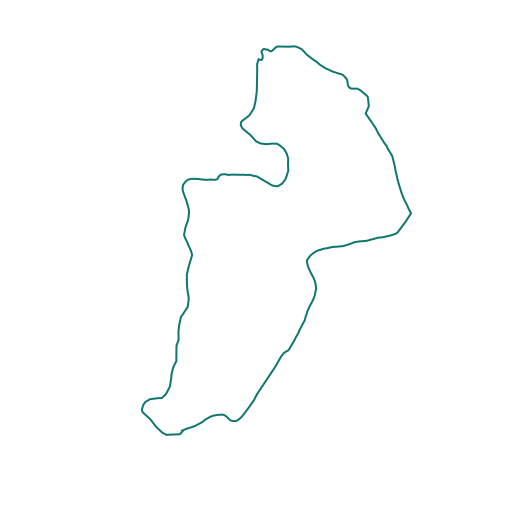 the district of San Miguel Chicaj, Baja Verapaz, Guatemala, rotated 33°
{"feature_id": "79465075B93573685997449", "entity_name": "San Miguel Chicaj", "entity_type": "district", "adm_level": 2, "iso_a3": "GTM", "parent_name": "Guatemala", "parent_adm1": "Baja Verapaz", "projection": "orthographic", "projection_center": [-90.423, 15.141], "detail": "fine", "context": "isolated", "style": "outline", "palette": "teal", "viewbox_px": 512, "rotation_deg": 33, "n_neighbors": 0, "source": "geoboundaries", "source_scale": "gbopen_adm2", "svg_char_len": 3556}
<svg xmlns="http://www.w3.org/2000/svg" viewBox="0 0 512 512"><g transform="rotate(33 256 256)"><path d="M151.0,89.6L152.4,94.4L156.3,100.3L162.6,110.4L167.1,117.7L171.4,126.7L172.4,129.4L173.7,133.2L173.9,136.8L173.8,141.8L172.2,146.4L171.0,149.6L170.6,151.9L171.8,154.4L175.0,156.4L185.4,157.6L193.6,159.8L198.4,159.2L203.7,156.6L208.4,152.9L212.3,150.5L214.3,150.2L220.7,150.8L226.2,153.5L230.1,157.0L232.6,161.2L236.7,167.0L238.4,173.4L238.9,175.7L238.5,181.1L236.3,185.6L234.8,186.5L231.3,188.0L213.3,188.8L210.2,190.2L207.0,191.1L203.5,193.4L200.4,195.2L198.9,196.3L197.6,197.0L190.9,201.3L188.5,203.2L186.4,203.8L184.5,205.0L182.8,206.3L181.8,207.8L181.5,210.1L181.7,212.5L180.4,214.3L176.0,216.8L173.4,218.8L170.5,220.5L167.4,222.0L163.5,224.0L160.3,226.2L158.7,227.5L157.2,229.5L156.4,231.7L156.1,236.0L157.3,238.8L159.0,241.2L167.4,247.5L170.0,249.7L174.1,253.4L176.1,255.8L178.6,260.9L179.5,263.1L180.0,265.2L181.3,270.5L184.2,277.6L186.4,279.3L191.0,282.1L192.2,282.9L193.5,283.8L198.2,286.8L200.8,288.9L201.8,289.9L202.4,291.5L204.5,299.0L205.7,302.7L208.2,309.4L212.3,315.6L216.1,320.8L218.1,323.1L219.1,324.3L220.5,325.6L222.5,327.9L225.1,333.0L226.5,336.2L226.3,348.1L226.7,349.3L227.1,350.3L229.1,355.5L231.8,361.0L232.6,362.3L233.1,363.1L236.8,368.6L238.0,374.0L238.7,375.4L246.5,387.7L247.1,393.8L247.4,394.9L248.9,399.6L250.0,402.1L251.2,404.2L254.9,412.3L255.7,420.9L254.4,426.1L254.0,426.7L251.1,428.7L245.1,433.8L242.7,438.7L242.6,441.9L243.0,443.8L244.1,447.3L246.1,448.8L256.3,450.5L265.5,453.7L273.6,455.2L278.2,454.8L284.6,450.2L286.8,448.8L289.3,446.7L289.9,442.7L289.2,442.6L291.0,439.9L293.2,437.0L294.8,435.2L296.0,433.6L297.5,431.8L298.2,430.4L298.8,429.2L299.8,427.5L300.3,426.5L301.3,424.8L302.4,421.4L305.2,415.7L307.2,413.1L308.5,411.9L309.6,410.8L311.9,409.0L313.3,408.0L314.0,407.4L316.3,406.7L318.8,406.7L323.1,407.7L324.8,407.6L326.2,407.1L327.6,406.5L328.9,405.4L330.2,403.5L331.0,401.0L331.6,398.8L332.5,387.2L332.8,377.8L332.1,371.6L332.5,337.9L331.8,326.8L332.2,322.2L332.9,320.6L333.7,318.9L334.3,318.0L334.6,316.3L334.1,306.0L333.7,301.9L333.5,297.9L333.3,296.4L332.8,294.0L332.4,289.2L331.9,283.5L330.4,278.9L330.2,277.8L329.8,276.2L329.3,274.8L329.0,272.8L328.6,270.2L328.2,266.8L327.8,261.8L326.7,256.9L324.0,250.3L320.7,246.5L318.7,244.8L317.8,244.2L316.1,242.9L311.2,240.3L309.1,239.0L307.0,237.5L305.6,236.7L302.3,233.6L301.0,231.5L301.4,225.8L302.9,221.3L303.6,219.8L305.3,217.2L309.4,212.4L310.3,211.7L312.0,210.2L313.3,208.7L315.4,206.7L323.8,200.2L329.1,193.7L330.9,191.0L334.0,188.1L336.9,185.8L340.4,183.1L344.5,178.6L348.4,174.2L351.8,171.5L353.8,169.5L357.3,165.9L361.1,161.3L361.9,159.1L362.8,146.0L362.8,135.8L357.8,133.0L354.1,130.5L350.4,128.5L348.7,127.4L345.1,124.9L340.4,121.1L335.7,117.1L333.8,115.5L330.8,112.5L327.4,109.3L323.0,104.7L315.9,98.0L307.2,93.8L305.5,92.5L304.4,92.2L302.7,91.6L292.1,86.7L286.1,83.3L270.4,76.8L269.0,68.8L263.2,61.8L262.3,61.4L261.5,61.2L253.5,60.2L250.0,60.4L245.3,63.4L243.2,64.0L241.5,63.6L239.5,62.1L237.0,59.1L235.5,58.1L230.2,56.8L219.4,59.7L216.3,60.0L212.3,60.7L205.7,60.8L200.8,60.1L198.1,60.2L194.3,59.9L188.4,59.4L185.8,58.6L181.8,57.7L177.0,58.2L174.1,59.2L169.5,62.6L159.6,68.8L159.2,69.9L158.6,71.4L158.2,73.3L157.8,74.9L157.3,76.0L156.1,76.6L155.3,76.6L154.0,76.5L153.2,76.6L152.5,77.1L151.5,77.6L150.7,77.7L149.9,77.9L149.4,79.0L149.3,79.6L149.2,80.8L149.3,81.7L150.1,82.4L150.6,82.8L151.2,83.2L151.8,83.7L152.6,84.5L153.5,86.0L154.0,87.1L154.0,88.0L153.4,88.9L152.4,89.3L151.0,89.6Z" fill="none" stroke="#0f766e" stroke-width="2"/></g></svg>